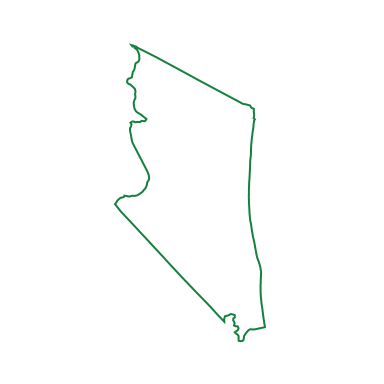 Conceição da Barra, Espírito Santo, Brazil (Equal Earth projection), rotated 348°
{"feature_id": "56859067B74705866217996", "entity_name": "Conceição da Barra", "entity_type": "district", "adm_level": 2, "iso_a3": "BRA", "parent_name": "Brazil", "parent_adm1": "Espírito Santo", "projection": "equal_earth", "projection_center": [-39.838, -18.451], "detail": "fine", "context": "isolated", "style": "outline", "palette": "green", "viewbox_px": 384, "rotation_deg": 348, "n_neighbors": 0, "source": "geoboundaries", "source_scale": "gbopen_adm2", "svg_char_len": 3255}
<svg xmlns="http://www.w3.org/2000/svg" viewBox="0 0 384 384"><g transform="rotate(348 192 192)"><path d="M165.8,37.2L165.9,39.2L166.9,40.3L168.0,41.8L168.6,44.6L168.9,47.4L168.4,49.1L168.3,50.8L167.0,53.0L165.7,53.8L164.4,54.0L163.2,55.0L162.5,56.9L161.5,59.3L160.6,60.9L159.1,62.2L157.9,65.1L157.0,67.3L155.4,67.8L153.1,68.0L151.9,69.3L151.3,71.3L152.5,73.2L154.0,74.0L155.0,75.5L156.2,77.0L157.6,79.3L157.6,82.1L156.7,84.3L156.5,87.0L156.0,88.6L154.6,90.3L153.7,92.1L153.3,93.8L153.1,96.2L153.2,99.1L154.1,101.6L155.4,103.2L156.9,104.5L158.3,105.9L159.5,107.3L161.0,109.2L162.6,111.2L160.8,112.9L159.0,112.5L157.5,111.9L155.6,112.8L154.2,112.3L152.5,112.1L150.9,111.9L149.8,111.0L148.2,110.6L146.2,111.4L146.9,113.1L146.1,115.1L144.7,116.7L144.2,118.9L144.1,121.4L144.1,123.7L144.0,126.2L143.9,128.9L144.1,131.4L144.8,134.1L145.3,136.1L145.8,137.9L146.3,139.5L146.7,141.1L147.3,143.3L147.9,145.5L148.6,148.1L149.3,150.4L150.0,153.2L150.5,154.9L151.0,156.6L151.4,158.2L152.4,161.8L152.8,163.6L153.2,166.8L152.9,170.1L151.7,171.8L150.2,173.3L149.3,175.7L148.0,177.7L146.9,178.9L145.6,179.8L144.3,181.0L142.9,181.9L141.3,182.6L139.3,183.3L137.5,183.9L135.2,183.9L132.7,183.2L130.0,183.5L128.0,182.7L126.6,182.2L125.2,181.5L124.3,182.7L122.6,182.9L121.1,182.8L119.1,183.7L117.2,184.9L115.6,186.8L114.2,187.8L118.1,195.9L124.9,207.1L128.6,213.2L129.6,214.9L134.1,222.5L136.7,226.7L143.2,237.7L151.2,251.0L152.6,253.5L153.6,255.2L163.1,271.1L165.0,274.2L174.2,289.1L185.2,306.6L191.9,318.0L196.6,325.6L197.1,322.8L198.4,320.4L200.5,320.3L202.8,320.1L204.3,319.4L206.1,320.0L208.3,321.4L207.7,323.7L206.1,324.3L205.6,326.0L206.2,327.7L206.4,329.4L205.3,331.3L206.6,332.3L208.7,332.9L209.2,335.0L208.1,336.6L206.6,337.2L204.7,338.1L205.8,339.9L207.0,341.0L207.6,342.8L207.2,344.5L206.7,347.2L208.4,348.0L210.1,348.2L211.6,347.4L212.3,345.7L213.0,343.7L214.1,342.6L215.6,341.2L216.7,340.3L217.8,339.4L219.4,338.6L220.8,338.4L222.9,339.1L224.7,339.4L230.6,339.4L233.6,339.4L235.2,339.4L235.4,337.5L235.4,335.4L235.6,333.1L235.7,330.6L235.9,328.2L236.1,325.7L236.3,323.4L236.5,321.2L236.7,318.3L236.7,316.6L236.9,314.7L237.3,311.6L237.5,309.4L237.8,307.1L238.1,305.2L238.6,302.6L239.0,300.9L239.4,298.6L239.8,297.0L240.4,294.9L240.8,292.9L241.3,291.0L241.9,288.9L242.5,286.5L243.0,284.3L243.1,281.9L243.2,278.5L243.0,276.0L242.7,273.6L242.3,271.3L242.1,268.6L242.1,266.2L242.2,264.4L242.2,262.3L242.3,259.5L242.4,256.4L242.5,253.7L242.4,250.8L242.4,247.2L242.5,245.0L242.7,240.0L243.0,236.9L243.1,235.1L243.0,232.9L243.2,230.2L243.5,227.9L243.8,225.1L244.2,222.7L244.6,220.1L245.2,216.4L245.4,214.6L245.9,212.3L246.3,210.0L246.6,208.3L247.2,206.0L247.9,202.6L248.5,200.2L249.1,197.8L249.8,195.0L250.4,192.8L251.2,190.2L251.8,187.8L252.2,186.3L252.7,184.5L253.3,182.2L253.9,180.0L254.5,177.5L255.1,174.9L255.6,173.0L256.4,170.7L257.0,168.9L257.6,166.8L258.2,164.1L259.5,159.0L260.3,156.3L261.2,153.6L261.8,151.5L262.8,148.9L263.5,146.6L264.1,145.1L264.9,143.0L265.6,141.1L266.1,139.1L266.7,137.5L267.6,135.2L268.6,134.0L267.6,132.7L268.7,130.2L269.1,126.6L269.8,123.4L267.8,122.2L266.7,119.4L261.7,116.9L260.4,116.6L222.2,84.4L200.6,65.9L184.7,52.4L165.8,37.2ZM163.3,35.8L164.0,37.3L165.8,37.2L163.3,35.8Z" fill="none" stroke="#15803d" stroke-width="2"/></g></svg>